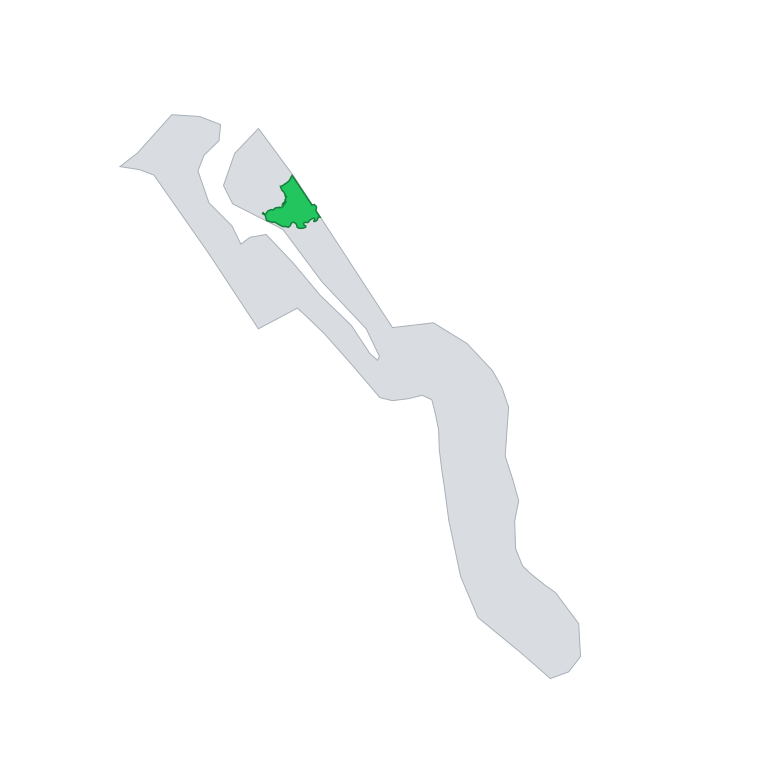 Jokadu, North Bank, Gambia (highlighted), rotated 56°
{"feature_id": "56634734B78170872061000", "entity_name": "Jokadu", "entity_type": "district", "adm_level": 2, "iso_a3": "GMB", "parent_name": "Gambia", "parent_adm1": "North Bank", "projection": "robinson", "projection_center": [-16.187, 13.51], "detail": "fine", "context": "in_parent", "style": "filled", "palette": "green", "viewbox_px": 768, "rotation_deg": 56, "n_neighbors": 0, "source": "geoboundaries", "source_scale": "gbopen_adm2", "svg_char_len": 4567}
<svg xmlns="http://www.w3.org/2000/svg" viewBox="0 0 768 768"><g transform="rotate(56 384 384)"><path d="M102.0,345.2L159.8,342.7L229.8,343.7L306.1,344.9L342.0,345.4L360.9,308.8L396.7,292.6L433.5,286.6L452.6,288.2L472.8,293.6L511.6,323.9L535.7,330.8L556.1,337.6L570.7,352.3L593.9,366.9L612.1,370.9L622.9,368.6L641.0,363.0L652.8,358.5L691.5,356.6L719.9,373.5L725.9,391.9L721.2,410.8L683.1,420.9L630.2,436.7L586.4,428.1L533.2,406.5L502.0,391.0L489.1,384.9L469.6,375.0L452.7,364.4L436.3,357.6L423.8,353.2L414.6,358.7L409.9,371.8L402.5,386.4L393.0,395.0L348.4,400.1L308.4,405.4L286.9,410.0L272.6,413.4L268.0,457.3L222.7,456.8L178.1,456.3L131.9,457.1L82.2,457.9L69.5,466.9L56.1,481.4L54.7,459.4L42.1,409.3L59.1,387.3L77.6,374.4L90.0,384.7L93.7,405.2L103.3,419.1L135.9,427.8L168.2,421.6L188.0,424.5L187.4,413.2L194.1,398.1L233.3,391.6L274.8,387.3L317.4,378.3L350.8,378.7L360.8,376.1L358.4,372.3L328.4,367.9L264.4,378.3L199.3,381.4L150.0,408.7L129.7,406.1L109.3,378.8L102.0,345.2Z" fill="#d9dde1" stroke="#a8b0b8" stroke-width="1"/><path d="M182.8,389.9L182.9,389.7L183.9,389.0L186.0,387.3L187.0,386.6L187.5,386.1L187.9,385.8L188.0,385.2L188.6,384.3L188.7,384.2L188.9,383.8L189.3,383.7L192.2,382.4L193.6,381.7L193.9,381.5L195.2,380.9L195.4,380.7L196.8,379.9L198.7,377.3L199.8,376.2L200.5,375.9L200.6,375.3L200.5,374.9L200.5,374.1L200.4,373.7L200.4,373.4L200.1,373.0L199.6,372.0L199.1,371.2L198.9,370.8L198.8,370.3L198.8,369.8L199.0,369.1L199.5,368.5L200.5,367.9L201.5,367.5L201.9,367.5L202.0,367.4L202.7,367.4L203.5,367.5L204.0,367.8L204.6,368.1L205.4,368.3L205.8,368.2L206.1,368.1L206.5,368.0L206.9,367.6L207.2,367.4L207.6,367.0L208.7,365.6L209.1,364.9L209.7,363.7L209.9,362.8L210.1,361.9L210.1,361.4L210.1,361.1L209.9,360.9L209.7,360.7L209.4,360.5L209.1,360.5L208.9,360.5L208.4,361.0L208.1,361.2L207.6,361.3L207.1,361.3L206.3,361.2L206.0,360.8L205.7,360.2L205.7,359.8L205.8,359.3L206.0,358.8L206.5,358.1L207.1,357.4L207.4,357.2L207.5,357.0L207.6,356.8L207.6,356.5L207.5,355.9L207.2,355.3L207.0,355.1L206.8,354.4L206.7,353.9L206.7,353.0L206.8,351.7L206.9,351.1L206.9,350.5L207.0,350.4L207.3,349.7L207.7,349.4L207.8,349.2L208.5,349.2L208.8,349.4L209.1,349.7L209.3,350.0L209.4,350.5L209.6,351.2L209.8,351.3L210.0,351.2L210.3,350.8L210.5,350.5L210.8,349.6L210.8,349.1L210.8,348.3L210.8,347.9L210.7,347.7L210.5,347.3L210.3,347.1L210.1,346.9L209.6,346.5L209.5,346.3L209.3,345.8L209.2,344.7L209.3,344.4L209.4,344.0L210.0,343.9L210.1,343.7L209.8,343.7L202.1,343.6L200.8,342.2L200.1,341.5L199.9,341.3L199.8,341.2L199.5,341.1L199.0,340.9L198.7,340.9L198.4,340.9L197.7,341.1L197.1,341.3L196.3,341.3L196.0,342.0L195.3,343.7L194.8,343.7L192.6,343.6L188.9,343.6L182.9,343.6L179.7,343.6L179.3,343.5L175.7,343.6L173.2,343.6L168.8,343.5L166.3,343.5L159.7,343.6L160.3,344.9L161.3,346.7L161.8,347.6L162.0,348.1L162.5,349.1L162.6,349.6L162.6,350.5L162.7,351.6L162.8,352.0L162.8,352.8L162.8,353.5L162.7,354.1L162.7,354.9L162.8,355.2L162.8,356.7L162.7,357.9L162.5,358.7L162.4,358.9L162.3,359.2L162.2,359.3L162.5,359.4L163.5,359.8L164.4,359.9L164.6,359.9L165.9,360.2L166.3,360.2L166.5,360.2L167.8,360.0L167.9,359.9L169.3,359.7L169.5,359.7L170.8,360.0L171.8,360.3L172.2,360.1L172.4,360.5L172.9,360.9L173.2,360.8L173.4,360.3L173.6,360.2L174.2,360.0L174.6,360.4L174.6,360.7L174.7,361.0L174.7,361.3L174.8,361.4L174.8,361.5L175.0,361.6L175.4,361.8L175.7,362.4L175.7,362.6L176.0,363.1L176.4,363.1L176.9,363.3L177.3,363.2L177.4,363.6L177.2,363.9L177.0,364.0L177.0,364.3L177.3,364.4L177.6,364.3L177.7,363.7L178.3,363.6L178.5,363.9L178.7,364.2L179.2,365.9L179.1,366.3L178.8,366.4L178.4,366.5L178.2,365.8L177.8,365.6L177.6,365.9L177.6,366.3L177.7,366.9L178.1,367.5L178.2,367.8L178.5,368.1L178.6,367.8L178.6,367.4L178.9,367.0L179.3,367.0L179.5,367.0L179.8,367.3L180.3,368.4L180.3,369.2L180.2,369.7L179.9,370.1L179.9,370.4L179.9,370.7L179.9,371.3L179.7,371.7L178.8,372.2L178.7,372.2L178.7,372.8L178.5,373.1L178.2,373.8L177.9,374.2L177.6,374.6L177.4,375.3L177.4,375.7L177.3,376.4L177.4,377.1L177.6,377.3L177.6,377.8L177.7,378.0L177.4,378.7L177.2,379.0L176.5,379.8L176.4,379.9L176.3,380.5L176.1,380.9L175.7,382.9L175.6,383.4L175.7,383.8L175.7,384.1L176.1,384.9L176.2,385.2L176.6,385.9L176.8,386.2L176.9,386.7L176.8,387.0L176.6,387.6L176.2,387.9L175.5,388.3L175.2,388.3L174.8,388.2L174.5,388.2L174.5,388.3L174.6,388.8L174.5,389.1L174.9,389.5L175.1,389.5L175.3,389.4L175.8,388.8L176.5,388.5L177.2,388.2L177.9,388.3L178.3,388.3L178.7,388.5L179.4,388.8L180.1,389.1L180.5,389.2L181.1,389.3L181.7,389.4L182.1,389.6L182.5,389.7L182.6,389.9L182.8,389.9Z" fill="#22c55e" stroke="#15803d" stroke-width="1.5"/></g></svg>